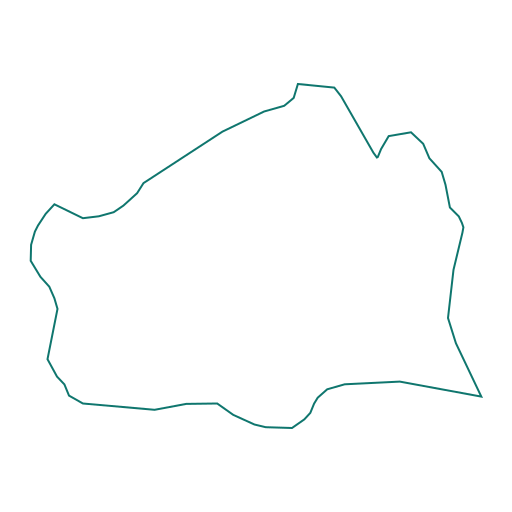 the State of Wien
{"feature_id": "AUT-2331", "entity_name": "Wien", "entity_type": "State", "adm_level": 1, "iso_a3": "AUT", "parent_name": "Austria", "parent_adm1": "", "projection": "mercator", "projection_center": [16.38, 48.233], "detail": "fine", "context": "isolated", "style": "outline", "palette": "teal", "viewbox_px": 512, "rotation_deg": 0, "n_neighbors": 0, "source": "natural_earth", "source_scale": "10m", "svg_char_len": 849}
<svg xmlns="http://www.w3.org/2000/svg" viewBox="0 0 512 512"><path d="M297.9,84.0L334.3,87.6L341.1,96.3L373.4,152.7L376.9,157.5L377.8,157.0L381.1,149.0L388.7,136.1L411.0,132.3L423.2,143.8L429.4,158.3L441.7,171.9L445.5,184.8L449.9,207.5L458.8,216.4L461.9,222.9L463.4,227.3L462.4,232.8L453.5,269.8L448.0,318.0L455.9,343.2L481.3,396.6L399.8,381.6L344.7,384.3L327.2,389.3L317.7,397.7L314.1,403.6L310.3,412.9L304.3,419.4L292.0,428.0L265.7,427.2L254.4,424.5L233.3,414.9L217.2,403.5L186.2,403.9L154.6,409.8L82.9,403.5L69.0,395.6L64.4,384.4L57.0,376.6L47.5,359.2L57.5,308.9L54.4,298.3L49.3,286.7L40.4,276.8L30.7,260.8L31.1,244.8L34.9,231.6L38.0,225.5L45.7,213.8L54.4,204.3L82.9,218.2L98.8,216.3L113.7,212.2L123.4,205.6L137.1,193.2L143.5,183.1L222.5,131.6L264.1,111.5L284.2,105.8L293.7,97.9L297.9,84.0Z" fill="none" stroke="#0f766e" stroke-width="2"/></svg>